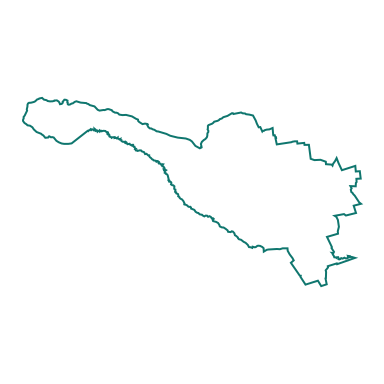 Paunesti, Vrancea, Romania
{"feature_id": "2599482B39426936483061", "entity_name": "Paunesti", "entity_type": "district", "adm_level": 2, "iso_a3": "ROU", "parent_name": "Romania", "parent_adm1": "Vrancea", "projection": "robinson", "projection_center": [27.063, 46.027], "detail": "fine", "context": "isolated", "style": "outline", "palette": "teal", "viewbox_px": 384, "rotation_deg": 0, "n_neighbors": 0, "source": "geoboundaries", "source_scale": "gbopen_adm2", "svg_char_len": 6022}
<svg xmlns="http://www.w3.org/2000/svg" viewBox="0 0 384 384"><path d="M359.8,171.2L355.8,171.5L355.3,165.9L341.9,170.2L338.5,163.0L336.6,158.1L335.1,161.0L333.1,163.8L332.5,165.6L331.7,164.6L326.0,164.2L325.8,161.7L320.5,159.8L314.4,160.1L310.7,158.8L308.9,144.8L304.5,144.9L304.2,142.9L297.4,143.6L297.1,141.3L294.9,141.3L292.5,141.7L291.4,142.2L276.8,144.4L275.5,138.4L276.1,138.2L276.0,137.2L275.4,137.1L274.7,135.2L273.4,135.4L273.2,134.8L272.6,128.0L269.3,129.4L266.7,129.6L264.4,130.3L264.0,130.8L262.7,131.0L262.3,131.5L260.3,127.1L258.7,127.3L256.9,123.7L255.7,120.5L253.0,115.5L249.3,114.6L246.0,114.2L245.1,113.5L242.6,113.3L241.1,112.5L233.4,114.0L233.0,113.3L232.0,113.2L227.5,115.9L223.3,117.2L221.8,118.5L219.7,119.2L219.2,119.9L217.7,120.8L214.2,121.7L213.3,122.8L212.1,123.7L208.5,125.1L207.9,125.9L207.9,128.3L207.6,129.4L208.3,130.6L208.3,132.0L207.4,133.3L207.3,135.8L206.8,137.4L205.3,139.1L203.7,140.1L201.9,141.8L200.9,144.0L201.4,146.1L201.0,146.9L201.6,147.3L201.5,147.5L199.8,148.3L195.4,145.9L191.9,141.4L189.8,139.9L185.8,138.5L177.7,137.6L171.6,136.1L170.1,135.7L166.4,133.9L158.3,131.5L156.6,131.3L154.4,129.8L152.6,129.3L151.4,128.5L149.9,128.4L148.4,127.2L147.3,125.1L147.8,124.4L147.4,124.0L145.0,123.6L142.5,124.1L139.2,122.0L138.2,121.0L138.0,119.6L136.0,118.8L132.0,116.4L126.0,114.9L122.5,115.1L119.3,114.6L117.9,113.2L116.5,112.7L115.1,112.7L112.5,111.3L111.8,110.2L108.6,109.1L107.3,109.1L104.7,110.1L103.4,110.0L99.5,110.6L97.7,109.8L94.5,106.4L89.8,105.1L88.3,104.0L87.1,103.7L86.3,103.1L80.6,102.6L76.4,101.3L74.7,101.9L72.9,103.3L71.5,103.6L70.0,104.5L68.7,104.7L68.1,104.5L67.7,104.0L67.7,102.5L67.3,102.2L67.5,100.6L65.9,99.8L64.4,99.7L62.6,101.9L62.8,102.7L61.7,103.9L60.0,104.2L59.3,102.4L58.6,101.5L56.9,100.4L54.4,100.5L54.2,100.9L52.5,101.3L50.0,101.4L47.6,101.0L46.6,100.2L43.9,99.6L42.1,97.9L39.2,98.5L38.7,99.0L37.2,99.4L35.2,101.3L33.8,102.0L31.0,102.7L29.0,102.8L28.0,103.5L27.5,104.7L27.4,106.8L26.9,108.8L26.8,109.6L27.1,110.6L24.7,115.6L23.6,117.0L23.7,118.2L23.0,120.0L23.1,121.1L24.5,123.0L26.5,124.3L27.5,125.3L30.0,125.7L32.4,127.3L33.8,129.4L36.6,132.0L41.2,133.8L41.7,134.4L43.3,135.4L45.3,137.8L48.2,137.5L48.9,136.4L49.4,136.3L51.0,137.3L52.2,137.1L53.7,137.5L56.4,140.8L58.8,142.3L61.7,143.5L64.3,143.9L68.1,143.9L71.6,143.4L87.7,130.8L88.3,131.1L88.8,130.4L90.0,129.9L90.5,129.3L91.2,130.2L91.9,129.8L92.0,129.3L94.1,129.6L94.0,130.4L94.4,130.5L95.1,130.1L94.8,129.0L95.9,129.9L96.0,130.9L97.2,130.6L97.5,131.6L98.0,131.1L99.1,131.2L99.5,130.4L99.8,130.7L100.0,131.5L101.0,130.7L101.8,131.3L102.2,131.0L103.7,130.8L105.4,131.0L106.8,132.4L107.5,132.1L108.0,132.4L108.1,133.4L107.6,133.3L107.4,134.0L108.0,134.5L108.6,134.0L109.5,135.2L109.3,136.3L109.5,136.6L111.3,137.2L111.6,137.8L112.4,137.3L114.8,137.1L115.4,137.5L115.1,138.0L116.0,137.9L116.7,138.4L117.7,137.6L117.7,138.5L119.5,139.2L120.3,138.9L120.0,139.7L121.4,140.1L121.4,140.9L122.5,141.7L124.4,141.8L124.5,142.2L125.1,142.5L125.1,141.7L125.4,141.6L126.4,142.4L125.9,143.2L126.9,143.4L127.5,144.2L129.4,143.8L129.5,144.2L130.2,144.4L130.5,144.9L131.1,144.9L131.5,145.4L132.6,144.8L133.1,144.8L133.3,145.2L132.7,145.8L134.2,147.1L134.6,147.0L135.0,148.3L135.8,148.7L135.2,149.3L135.6,149.5L135.8,150.4L136.5,150.6L137.3,150.4L137.7,150.9L139.9,150.3L141.2,150.5L141.7,151.3L144.1,152.2L145.1,154.1L146.5,153.8L148.1,155.3L149.2,155.3L149.2,156.2L150.0,157.3L151.1,158.1L152.1,159.3L153.1,159.7L153.6,160.4L155.2,160.6L155.8,161.0L156.4,161.8L156.9,161.7L157.1,161.0L157.8,161.1L159.0,162.0L158.6,163.1L159.0,163.6L160.5,163.6L161.4,165.0L162.5,164.2L163.1,164.3L162.2,165.5L162.4,166.3L163.5,166.6L164.4,167.9L164.3,168.3L164.7,168.9L163.6,169.1L163.9,170.0L165.4,169.8L166.1,170.2L165.5,170.7L164.5,170.8L164.8,171.7L164.7,172.8L165.7,173.1L165.8,173.8L167.1,174.4L167.7,175.3L168.7,179.4L168.4,180.0L169.5,180.6L169.5,181.0L169.0,181.3L169.2,181.7L169.6,181.6L171.0,182.1L171.3,182.6L171.4,183.2L171.0,184.4L172.2,185.2L173.3,185.3L174.4,186.3L174.2,188.6L174.5,189.3L175.4,189.6L175.4,191.0L175.1,191.4L175.3,192.2L176.2,192.4L176.3,193.4L178.0,194.1L178.4,195.5L178.2,196.3L179.4,197.1L179.6,197.8L180.5,198.7L182.0,199.4L183.4,201.1L184.5,203.4L184.2,204.2L184.4,204.5L184.9,204.4L187.0,205.3L188.3,206.6L189.1,206.9L190.4,206.8L191.0,207.6L191.1,208.6L194.0,209.7L194.6,210.2L195.5,211.7L197.2,212.8L198.4,213.0L199.6,214.3L202.1,214.8L202.4,215.3L204.3,216.4L205.7,215.6L207.1,215.7L208.1,216.8L209.5,216.2L210.8,216.9L211.6,218.1L213.1,218.3L213.7,218.9L213.4,219.3L212.5,219.4L213.1,221.1L216.1,221.9L218.1,223.0L219.3,224.8L219.8,226.4L221.9,227.4L223.6,227.5L225.6,228.8L227.6,230.4L228.1,231.8L230.7,232.1L231.7,231.3L232.9,231.6L234.4,233.3L234.9,235.2L236.1,235.9L237.9,237.5L238.0,238.2L238.9,239.2L241.1,239.8L243.6,241.8L245.6,242.8L247.8,244.9L249.0,247.1L250.4,247.2L252.3,247.9L252.6,246.7L254.9,247.3L255.9,247.0L257.3,245.9L258.2,245.7L260.1,245.9L262.3,247.0L263.6,248.2L263.8,251.6L266.8,249.8L268.5,249.5L276.9,249.0L279.9,249.2L282.8,248.3L287.5,248.3L287.7,250.8L289.7,254.4L292.5,258.1L293.7,260.4L290.9,262.8L299.6,275.4L300.0,275.8L300.7,275.8L300.5,276.9L305.5,284.6L317.9,280.7L321.2,286.1L326.7,284.3L325.5,278.4L325.9,278.2L326.1,272.0L325.7,270.3L328.0,267.5L327.8,266.2L336.8,263.4L337.1,264.2L355.0,257.9L351.6,256.9L350.7,257.0L350.1,256.2L349.4,256.1L350.0,256.6L349.7,257.0L348.7,257.4L348.0,257.0L348.1,257.6L348.0,257.8L346.8,258.3L345.6,258.4L344.4,257.7L342.7,258.6L341.2,258.1L340.5,259.0L339.2,259.4L338.6,259.2L338.7,258.5L338.2,257.2L336.6,257.3L336.5,257.9L335.7,257.4L334.3,257.3L333.7,255.7L332.8,254.5L332.5,253.3L332.1,252.9L333.4,253.0L334.0,251.9L331.5,248.0L331.9,247.1L327.0,236.9L338.0,233.7L337.8,231.2L338.9,226.8L337.9,220.0L336.4,216.9L334.7,215.8L344.0,214.1L345.9,215.5L356.0,213.0L353.7,205.7L361.0,203.8L359.2,202.4L354.7,195.6L353.3,194.2L352.5,192.9L351.3,192.0L350.8,189.6L351.6,188.4L350.4,186.1L355.7,186.3L355.9,182.9L356.6,182.0L356.4,178.8L360.7,178.6L359.8,171.2Z" fill="none" stroke="#0f766e" stroke-width="2"/></svg>